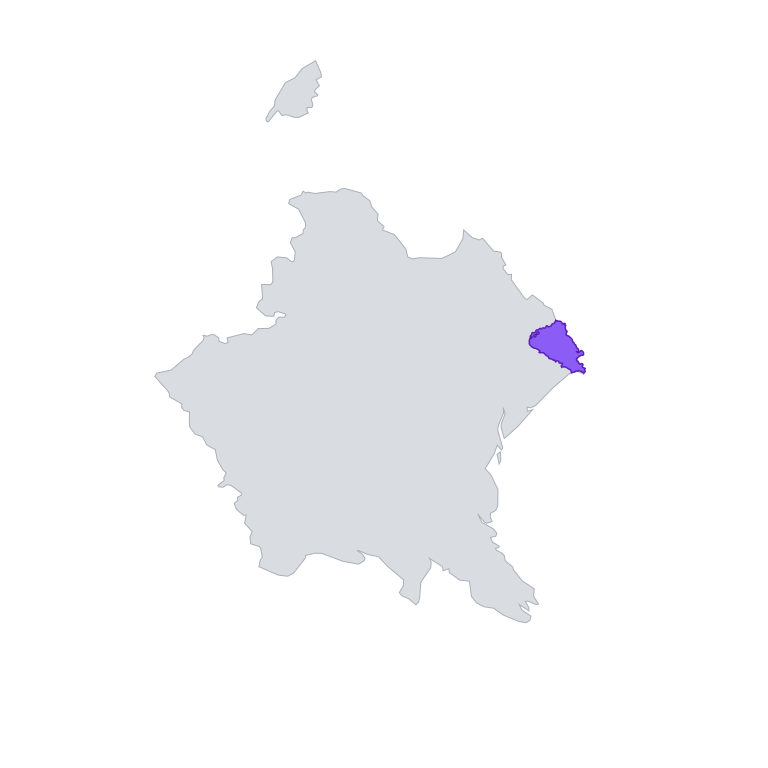 location of Pyrénées-Atlantiques within France, rotated 216°
{"feature_id": "FRA-5336", "entity_name": "Pyrénées-Atlantiques", "entity_type": "Metropolitan department", "adm_level": 1, "iso_a3": "FRA", "parent_name": "France", "parent_adm1": "", "projection": "equal_earth", "projection_center": [-0.695, 43.182], "detail": "fine", "context": "in_parent", "style": "filled", "palette": "violet", "viewbox_px": 768, "rotation_deg": 216, "n_neighbors": 0, "source": "natural_earth", "source_scale": "10m", "svg_char_len": 7329}
<svg xmlns="http://www.w3.org/2000/svg" viewBox="0 0 768 768"><g transform="rotate(216 384 384)"><path d="M559.0,317.0L554.9,319.0L552.4,323.1L549.8,324.1L544.9,324.1L542.4,321.6L536.6,323.2L534.4,325.9L538.0,329.1L526.9,342.5L519.7,346.0L518.4,354.8L509.9,361.3L506.9,368.3L506.7,369.6L509.0,371.9L508.2,376.4L503.9,379.4L504.0,382.3L505.3,382.7L512.0,380.4L514.5,377.7L513.0,374.0L519.7,369.5L532.0,370.6L533.7,376.6L532.3,381.6L541.6,392.6L534.1,397.7L533.8,401.1L542.2,412.1L547.3,416.7L545.0,424.1L536.8,428.9L531.4,428.5L529.2,429.7L529.5,432.0L533.5,438.8L542.8,443.2L544.3,448.3L541.9,450.1L538.0,457.9L540.0,461.7L539.4,463.4L540.4,466.0L542.9,468.6L555.8,475.2L567.2,473.9L568.8,477.8L562.2,488.0L562.8,492.5L559.3,492.6L558.7,494.2L551.8,497.6L540.8,507.9L535.6,511.0L533.7,516.2L530.6,519.2L514.5,525.2L511.3,523.8L503.3,524.0L498.2,520.2L488.6,517.8L485.3,512.3L476.4,511.3L475.8,507.7L463.3,511.0L445.6,506.0L439.3,500.7L434.2,502.1L429.8,506.8L411.1,519.5L403.9,532.6L405.6,547.9L410.1,555.5L398.5,554.3L391.7,556.5L389.9,559.8L373.4,555.9L367.4,559.1L365.7,558.9L363.6,555.7L355.5,552.0L356.7,549.5L355.5,547.3L348.0,545.4L345.3,547.7L342.4,543.2L321.2,536.2L317.8,536.3L316.4,543.2L302.8,543.1L300.8,541.8L292.1,543.2L282.7,536.8L272.3,538.1L265.9,531.4L259.7,530.9L251.0,527.6L247.0,525.8L246.5,523.8L244.0,526.8L240.7,526.1L240.0,525.2L242.1,521.5L242.5,517.3L231.7,514.1L228.8,511.0L228.8,509.4L234.6,508.0L239.9,502.1L245.0,480.7L248.7,455.6L251.4,450.8L254.7,449.5L252.0,446.1L248.7,450.6L250.8,427.7L254.7,410.6L263.7,417.6L265.8,420.7L268.5,430.9L273.6,435.1L270.3,431.0L267.0,417.4L265.0,413.6L250.6,402.3L250.1,399.7L256.4,401.0L253.9,392.6L252.4,375.0L243.8,373.2L229.9,365.7L220.4,352.3L219.3,347.3L221.9,342.0L219.7,338.6L215.7,336.3L218.8,331.8L221.7,331.3L231.6,333.9L223.5,329.6L210.3,331.1L205.0,329.6L204.1,326.5L207.7,322.4L203.3,319.9L195.8,320.5L194.9,319.4L197.1,316.5L195.2,315.5L189.0,316.6L185.5,315.7L182.3,312.4L172.3,311.6L170.1,309.7L156.5,306.0L142.1,306.6L138.2,300.1L129.6,296.9L131.3,294.9L140.1,292.9L141.9,291.1L135.6,288.4L133.4,285.7L145.0,285.1L139.8,282.3L128.5,282.5L127.1,278.6L128.6,274.6L135.3,271.1L151.8,267.2L163.7,267.0L172.2,262.5L180.5,261.3L188.4,263.5L199.0,274.7L207.6,269.8L220.4,269.9L223.0,272.7L226.4,267.6L229.2,270.6L244.7,269.6L241.1,267.6L238.2,262.8L237.7,245.3L229.8,232.6L227.9,228.0L228.4,224.1L237.6,224.8L245.3,223.1L249.0,224.3L249.9,232.4L253.1,237.1L274.4,238.6L286.7,241.1L297.0,236.5L306.7,234.4L307.5,233.4L301.9,233.8L296.8,231.8L296.1,229.6L298.7,223.3L313.4,216.3L335.0,210.3L340.4,206.4L346.7,199.3L345.3,197.5L345.9,178.1L349.0,171.8L357.1,167.3L377.9,162.7L380.6,168.8L380.5,172.2L386.2,177.7L388.9,179.3L398.0,176.4L402.5,181.4L403.9,187.1L415.0,189.5L418.4,196.9L420.4,195.3L427.3,195.6L430.5,196.3L435.1,199.5L433.9,204.0L435.9,206.2L434.1,210.3L435.5,212.0L448.2,212.0L452.0,210.2L453.5,206.0L457.3,203.6L458.8,204.3L456.6,212.0L458.5,214.0L459.5,219.5L464.3,220.0L473.9,224.4L482.0,231.7L491.7,230.5L499.5,234.6L507.4,232.4L514.9,234.7L517.6,236.8L525.0,247.1L530.3,245.0L534.2,246.3L535.5,249.2L549.7,247.5L552.5,250.4L555.5,251.5L573.8,255.4L574.2,259.2L564.3,270.3L560.6,286.2L557.7,291.7L556.8,295.8L557.8,298.6L557.5,302.9L555.8,313.3L557.2,316.3L559.0,317.0ZM636.7,537.8L636.1,544.7L639.0,549.7L640.9,569.8L636.0,579.5L635.6,591.2L629.4,605.3L618.5,599.0L615.1,595.6L617.8,590.2L611.5,587.3L612.7,582.1L611.9,579.5L607.6,579.2L607.3,577.9L610.3,573.9L610.1,571.4L605.8,568.3L604.9,565.5L608.7,562.4L606.8,559.6L604.6,558.9L609.5,549.8L613.1,547.1L621.2,544.5L624.5,541.2L630.0,543.0L630.9,542.1L631.9,527.7L633.8,527.6L635.6,529.5L636.7,537.8ZM251.3,393.6L250.0,397.6L244.5,390.7L243.8,386.9L251.3,393.6Z" fill="#d9dde1" stroke="#a8b0b8" stroke-width="1"/><path d="M230.4,514.9L230.3,514.7L230.2,514.5L230.1,513.6L229.7,513.0L228.6,512.5L228.6,511.9L228.7,510.9L228.7,510.4L228.8,510.5L229.4,510.9L229.7,510.5L230.4,510.2L233.6,509.8L234.4,508.6L235.2,508.2L235.9,507.7L236.2,507.3L237.0,505.9L237.1,505.4L237.5,505.0L238.9,503.2L240.4,504.6L241.5,505.1L242.3,504.9L243.5,504.7L246.0,504.6L247.1,504.4L248.6,503.6L249.8,502.5L250.0,502.0L251.2,502.7L251.4,503.3L251.2,504.8L251.8,505.5L252.7,505.2L253.6,504.4L254.5,504.0L256.0,504.9L256.5,505.0L257.2,504.8L257.7,504.5L258.0,504.0L258.0,502.9L259.4,503.2L260.1,503.5L260.1,503.4L260.5,503.0L260.9,502.8L262.5,503.0L264.6,501.9L265.3,501.8L266.0,501.9L267.6,502.8L268.0,502.8L269.2,502.4L273.2,503.0L273.7,502.9L276.4,500.8L276.8,500.7L277.3,500.9L277.3,501.2L277.1,501.7L277.2,502.2L277.8,502.6L281.8,502.1L283.8,501.2L284.9,501.0L286.1,500.9L289.4,501.5L290.2,502.0L290.5,502.9L290.8,503.2L291.2,503.4L291.5,503.7L291.7,504.0L292.6,506.0L292.8,506.6L292.8,507.0L292.7,507.2L292.4,507.3L292.1,507.3L291.9,507.2L291.6,507.4L291.5,507.8L291.7,508.7L291.9,509.0L292.2,509.1L292.4,508.8L292.6,508.5L292.9,508.3L293.1,508.1L293.5,508.2L293.7,508.4L293.8,508.7L293.6,510.5L293.8,511.1L294.2,512.1L294.3,512.6L294.1,512.9L293.8,513.1L293.2,513.3L292.9,513.4L292.7,513.7L292.5,514.0L292.3,514.4L292.2,514.8L292.1,515.5L292.4,516.4L292.5,516.6L292.5,516.9L292.4,517.2L292.2,517.5L291.9,517.8L291.3,518.3L291.1,518.6L290.9,519.0L290.7,520.0L290.6,520.4L290.4,520.7L290.1,520.9L289.7,520.7L289.5,520.8L289.2,521.1L288.7,522.3L288.5,522.7L288.1,523.0L287.8,523.2L287.1,523.5L286.8,523.8L286.6,524.2L286.5,524.9L286.6,525.5L286.8,526.4L286.6,526.7L286.3,527.0L285.9,527.0L284.9,527.0L284.6,527.1L284.3,527.3L283.9,527.8L283.3,528.4L283.1,528.8L283.0,529.2L283.1,529.5L283.2,530.2L283.3,530.6L283.2,531.4L283.0,531.8L282.8,532.2L282.5,532.5L282.2,532.9L282.1,533.2L282.0,533.6L282.0,533.9L282.1,534.5L282.3,535.7L282.5,536.5L282.4,536.5L281.8,536.0L281.6,536.5L281.4,536.8L281.1,536.9L280.8,536.6L279.1,537.9L278.2,538.4L277.1,538.5L275.1,537.7L274.2,537.6L274.1,538.8L273.8,538.9L273.2,539.3L272.9,539.3L272.6,539.1L272.6,538.8L272.6,538.5L272.4,538.2L271.7,538.2L271.4,538.1L271.5,537.9L271.5,537.7L270.1,535.7L269.4,535.1L268.2,534.4L267.8,534.3L267.5,534.4L267.1,534.3L266.7,534.0L266.5,533.6L266.6,533.3L266.7,533.1L266.7,532.8L266.6,532.4L266.0,531.1L265.1,530.8L262.3,531.3L259.4,531.0L258.0,530.6L256.8,529.7L256.3,529.2L255.7,529.0L254.5,528.9L254.2,528.7L253.6,528.3L253.3,528.2L251.9,528.3L250.8,527.4L249.5,526.7L247.4,526.4L246.7,526.0L246.1,525.3L246.0,524.7L246.3,524.0L247.0,523.4L246.2,523.2L245.4,523.5L244.8,524.2L244.5,525.1L244.4,526.4L244.1,527.0L243.5,527.2L242.5,527.1L241.6,526.9L240.8,526.4L240.2,525.7L239.7,524.7L240.0,524.3L241.5,522.8L242.0,522.2L242.5,520.7L242.9,518.8L242.8,517.1L241.8,516.1L241.3,516.1L240.9,516.2L240.5,516.3L239.0,515.5L237.9,515.2L237.2,515.2L236.7,515.5L236.4,516.3L236.2,516.7L235.8,516.9L235.3,517.0L234.9,516.9L234.5,516.7L234.3,516.5L234.0,515.7L234.0,515.3L234.1,515.0L234.1,514.8L233.7,514.6L233.1,514.2L232.7,514.2L232.0,514.5L231.2,514.6L230.8,514.8L230.4,514.9ZM289.2,516.9L289.6,516.9L289.9,516.8L290.5,515.8L290.2,514.7L289.3,514.2L288.5,515.1L288.4,515.8L288.5,516.1L288.6,516.4L288.9,516.8L289.2,516.9ZM289.9,513.1L290.3,513.1L290.6,513.0L290.7,512.9L290.8,512.7L291.1,512.0L291.1,511.7L291.1,511.3L291.1,511.0L291.0,510.8L290.9,510.6L290.7,510.5L290.3,510.4L290.1,510.4L289.9,510.4L289.6,510.7L289.4,511.2L289.3,512.2L289.4,512.6L289.6,513.0L289.9,513.1Z" fill="#8b5cf6" stroke="#5b21b6" stroke-width="1.5"/></g></svg>